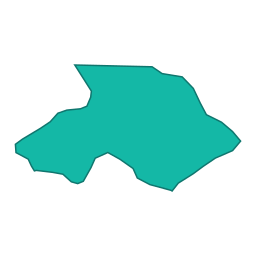 Vingåker, Södermanland, Sweden (Robinson projection)
{"feature_id": "70781695B34612539381669", "entity_name": "Vingåker", "entity_type": "district", "adm_level": 2, "iso_a3": "SWE", "parent_name": "Sweden", "parent_adm1": "Södermanland", "projection": "robinson", "projection_center": [15.877, 59.087], "detail": "fine", "context": "isolated", "style": "filled", "palette": "teal", "viewbox_px": 256, "rotation_deg": 0, "n_neighbors": 0, "source": "geoboundaries", "source_scale": "gbopen_adm2", "svg_char_len": 642}
<svg xmlns="http://www.w3.org/2000/svg" viewBox="0 0 256 256"><path d="M172.1,191.0L178.3,183.1L193.4,173.6L203.4,166.2L215.5,158.0L232.6,150.6L240.6,141.1L232.6,131.6L221.5,122.2L206.4,114.7L200.3,103.2L193.3,88.4L182.2,76.9L162.1,73.6L152.1,66.8L74.8,65.0L91.4,91.1L90.7,97.2L86.9,106.2L80.4,108.8L66.9,110.1L57.9,113.2L50.2,121.8L40.5,128.3L22.5,139.1L15.4,144.3L16.0,152.6L28.2,159.1L31.4,166.0L34.4,170.9L36.3,170.4L52.4,172.3L62.9,174.2L71.3,181.8L77.7,183.6L83.3,181.3L91.0,167.6L95.2,158.2L107.8,152.5L119.7,159.1L133.1,168.5L137.3,178.0L149.9,184.6L170.9,190.3L172.1,191.0Z" fill="#14b8a6" stroke="#0f766e" stroke-width="1.5"/></svg>